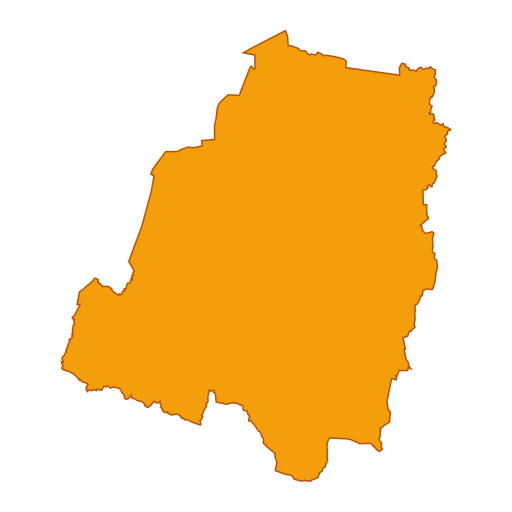 Libertador General San Martín, San Luis, Argentina (Robinson projection)
{"feature_id": "61730980B21399673280914", "entity_name": "Libertador General San Martín", "entity_type": "district", "adm_level": 2, "iso_a3": "ARG", "parent_name": "Argentina", "parent_adm1": "San Luis", "projection": "robinson", "projection_center": [-65.814, -32.574], "detail": "fine", "context": "isolated", "style": "filled", "palette": "amber", "viewbox_px": 512, "rotation_deg": 0, "n_neighbors": 0, "source": "geoboundaries", "source_scale": "gbopen_adm2", "svg_char_len": 5986}
<svg xmlns="http://www.w3.org/2000/svg" viewBox="0 0 512 512"><path d="M433.8,233.3L432.2,231.7L426.4,233.3L425.1,233.1L422.9,231.2L421.4,225.1L419.6,225.8L428.4,218.6L428.5,218.1L428.4,217.3L427.3,216.5L426.6,211.0L426.7,204.8L423.4,204.6L422.9,191.1L422.6,191.0L423.4,189.7L425.6,189.9L427.1,188.7L428.1,187.3L427.3,186.7L427.3,186.0L429.5,184.7L430.1,185.2L430.8,186.8L432.1,186.5L432.5,183.3L434.3,182.9L434.6,181.5L435.7,180.2L436.0,177.7L437.2,176.3L436.9,175.2L436.0,174.6L436.5,171.5L435.7,170.3L433.2,168.8L432.4,166.7L434.4,165.9L436.3,161.6L439.2,159.0L439.0,158.6L440.4,155.9L445.8,152.8L443.6,149.3L444.5,148.2L445.8,147.8L446.3,146.5L444.2,144.2L444.6,142.9L446.2,141.3L446.3,139.4L445.1,137.9L445.1,136.9L445.9,135.1L447.1,134.3L447.8,133.1L447.3,131.4L448.6,130.3L450.2,130.3L450.5,129.5L447.8,127.7L443.6,126.4L443.2,123.9L440.4,125.2L438.3,123.4L436.1,122.5L434.8,123.6L433.6,123.3L433.2,122.9L433.1,121.8L435.0,119.7L433.7,118.6L434.3,117.2L433.4,113.9L430.4,114.3L429.1,113.5L429.3,112.9L430.0,113.1L430.6,112.4L430.9,108.6L432.2,106.3L429.9,104.7L429.4,102.0L429.8,99.4L430.9,97.0L431.5,97.6L432.1,97.3L434.2,92.6L434.4,90.2L433.6,86.5L435.0,86.2L435.8,85.4L436.5,83.7L436.5,80.3L434.2,77.1L434.4,75.6L435.3,74.4L435.2,71.5L435.6,70.2L431.8,68.4L430.3,66.7L428.4,68.5L426.6,68.1L424.0,69.3L422.3,68.9L421.5,67.4L420.2,67.5L417.6,69.0L416.4,71.2L413.4,70.1L409.5,70.3L409.0,70.0L409.4,68.6L409.2,68.2L406.5,67.3L406.2,66.4L405.3,66.0L405.4,64.8L405.1,63.9L403.7,64.0L402.0,63.1L399.4,67.6L399.7,75.2L345.7,67.6L346.2,61.3L343.7,59.0L335.2,56.7L325.8,55.2L324.3,56.0L321.0,53.7L317.9,52.3L317.3,52.5L317.2,53.6L316.3,54.6L314.1,54.8L311.4,53.9L310.1,54.9L309.4,54.9L308.3,54.3L305.2,50.8L300.5,50.8L298.4,48.5L290.5,45.6L288.2,45.7L287.6,36.4L285.4,30.7L252.6,47.6L243.4,52.8L254.9,55.0L255.0,68.6L253.3,69.2L252.6,67.4L251.5,66.4L250.5,66.4L239.2,95.4L228.1,94.8L219.4,103.0L217.4,107.6L216.0,118.9L214.5,125.6L214.5,139.6L201.7,140.5L202.2,145.8L194.0,147.7L187.6,147.2L180.5,149.8L177.3,151.6L165.7,151.6L152.9,168.9L150.9,174.2L154.1,175.9L151.3,191.3L142.0,225.6L128.8,261.6L134.3,271.1L133.0,272.7L133.6,274.9L131.8,275.3L132.5,277.2L131.6,277.4L131.4,278.0L132.5,278.8L132.6,279.9L130.5,279.7L130.3,281.7L129.5,283.2L127.5,283.3L126.6,285.1L126.0,288.6L125.1,289.1L124.1,288.8L124.8,291.1L122.5,291.2L121.7,294.1L120.2,295.0L119.9,294.2L119.2,293.9L118.4,295.2L113.0,291.5L111.8,290.1L111.9,288.7L107.5,286.2L104.5,286.6L103.4,286.1L102.4,286.6L101.8,286.1L101.4,284.5L99.8,284.0L99.3,283.0L97.8,282.3L98.5,280.0L95.4,278.1L93.7,279.1L93.5,280.2L81.7,290.5L79.5,291.7L77.1,304.6L80.2,304.3L74.5,315.5L72.2,317.4L72.8,318.5L74.4,319.6L73.5,319.9L74.4,321.9L74.1,323.4L74.4,324.6L73.4,325.0L72.5,329.1L72.4,331.1L73.0,332.3L71.9,333.6L73.0,335.6L71.7,336.0L72.2,337.3L71.7,338.4L69.9,339.0L69.0,340.1L69.9,340.5L69.9,341.5L68.0,344.3L68.0,346.0L67.4,346.7L67.2,348.3L65.8,350.5L66.3,351.6L64.0,355.5L62.3,357.2L62.1,359.0L63.4,361.6L63.0,362.6L61.5,361.8L62.0,364.0L63.0,365.9L61.7,368.1L63.1,369.9L63.9,369.4L65.7,370.7L67.4,370.9L73.9,374.1L78.6,378.7L78.7,379.6L79.7,379.3L80.1,380.5L80.8,380.0L82.4,382.0L87.1,383.2L87.1,383.7L88.0,384.5L86.0,387.6L86.6,388.9L86.3,390.2L87.1,390.8L87.5,392.3L87.9,390.7L88.9,390.0L92.0,390.7L93.7,389.5L96.4,390.5L96.6,389.3L96.9,389.1L100.5,390.3L102.0,390.1L103.7,386.2L106.1,387.0L107.6,385.8L110.5,388.1L113.5,386.9L117.8,388.0L119.6,388.5L120.5,389.5L122.1,392.8L124.4,395.6L124.4,398.2L124.9,398.7L126.5,399.2L128.2,398.8L131.2,395.1L131.3,396.9L131.9,398.1L135.2,399.0L136.7,400.3L142.0,401.6L144.3,403.8L144.7,405.7L146.0,406.2L147.1,407.5L148.5,407.0L151.1,404.9L154.0,401.4L155.6,402.0L155.7,402.6L156.2,402.9L159.1,402.6L160.1,401.4L160.3,403.8L161.2,405.4L161.3,406.8L160.7,407.3L162.5,408.8L162.3,410.3L164.2,412.3L165.2,412.6L167.4,412.2L168.0,413.4L171.5,415.0L176.9,414.0L179.0,414.9L181.5,417.4L181.4,418.0L182.3,418.4L183.4,418.0L184.0,419.1L185.5,420.1L187.2,419.5L191.4,421.9L200.4,425.1L200.8,423.6L199.9,421.1L201.5,419.4L202.7,416.8L201.6,415.7L202.0,415.6L203.7,410.9L206.7,405.7L206.1,403.4L207.5,402.6L208.1,401.3L207.8,397.3L209.3,390.1L210.8,391.2L212.0,390.4L213.3,391.0L213.7,390.7L213.4,392.4L214.7,392.8L215.7,395.8L215.9,397.3L215.5,398.7L216.1,399.2L216.2,402.1L226.8,404.3L232.6,402.5L233.6,403.2L236.1,402.9L239.5,404.7L243.2,405.9L242.9,408.9L243.7,410.3L247.2,411.0L247.8,414.1L249.6,416.9L248.6,419.5L248.9,421.0L250.8,420.8L254.1,424.5L258.2,430.6L260.7,432.7L261.7,436.3L263.3,438.4L263.7,440.4L263.1,442.3L263.7,443.8L265.4,444.8L266.6,446.5L274.9,453.3L275.1,457.4L276.9,462.0L275.3,470.6L285.6,474.4L291.6,475.3L293.8,478.1L294.0,479.1L299.5,480.7L300.4,480.5L301.4,481.3L304.8,480.2L305.4,480.8L310.9,481.1L311.5,480.1L318.0,477.6L319.6,472.8L322.2,471.0L322.9,468.4L325.3,466.8L325.4,464.8L326.5,463.4L327.6,459.4L327.0,456.5L327.3,455.5L327.3,449.7L326.8,448.5L327.3,443.1L329.0,438.4L329.5,438.0L346.5,438.8L350.9,439.6L359.9,443.7L370.4,443.4L371.0,443.6L377.7,450.5L379.6,451.5L382.5,449.0L381.1,446.7L381.7,443.7L380.4,441.4L379.1,440.1L379.4,437.8L380.5,435.9L380.1,434.6L380.3,431.5L380.9,430.7L380.1,428.8L380.7,428.6L381.0,427.8L382.2,427.4L383.6,425.7L389.5,422.0L390.4,412.0L388.3,409.8L387.0,401.7L391.6,378.4L396.1,380.0L396.9,376.8L395.7,375.9L397.5,375.0L399.1,370.5L407.6,370.6L408.1,367.5L410.8,368.7L409.3,366.7L407.9,361.6L406.1,359.4L404.0,349.1L405.4,349.1L403.0,337.4L404.8,337.3L407.7,336.0L408.9,332.0L409.9,331.1L410.9,331.4L412.8,329.0L414.9,327.5L414.7,325.4L413.9,324.4L414.5,323.1L415.0,319.6L415.1,315.8L414.6,314.8L415.4,309.4L414.8,308.6L415.0,305.9L415.8,304.8L417.2,304.1L419.6,300.0L420.3,297.5L420.2,296.1L422.1,296.0L422.1,295.1L422.8,294.2L422.5,293.1L423.2,290.3L424.0,289.8L425.5,289.9L427.0,288.4L429.5,289.5L432.6,289.3L434.7,283.0L436.2,272.0L437.5,267.8L436.7,260.2L434.2,258.8L434.8,253.6L434.4,253.0L433.1,252.8L432.3,250.6L432.8,248.5L432.9,243.2L432.4,239.5L433.8,233.3Z" fill="#f59e0b" stroke="#b45309" stroke-width="1.5"/></svg>